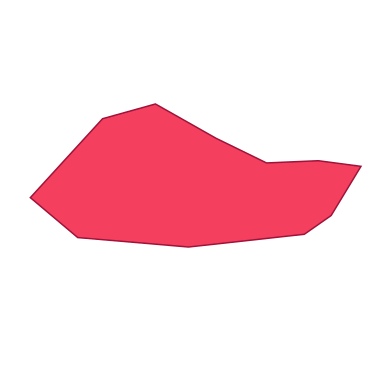 outline of Sigave, rotated 290°
{"feature_id": "WLF-4995", "entity_name": "Sigave", "entity_type": "state/province", "adm_level": 1, "iso_a3": "WLF", "parent_name": "Wallis and Futuna", "parent_adm1": "", "projection": "equal_earth", "projection_center": [-178.148, -14.273], "detail": "fine", "context": "isolated", "style": "filled", "palette": "rose", "viewbox_px": 384, "rotation_deg": 290, "n_neighbors": 0, "source": "natural_earth", "source_scale": "10m", "svg_char_len": 313}
<svg xmlns="http://www.w3.org/2000/svg" viewBox="0 0 384 384"><g transform="rotate(290 192 192)"><path d="M273.9,342.0L217.5,330.8L190.7,312.0L139.1,207.5L110.1,100.2L131.4,42.0L230.3,82.9L262.2,127.5L250.7,196.2L244.8,252.1L264.6,300.0L273.9,342.0Z" fill="#f43f5e" stroke="#9f1239" stroke-width="1.5"/></g></svg>